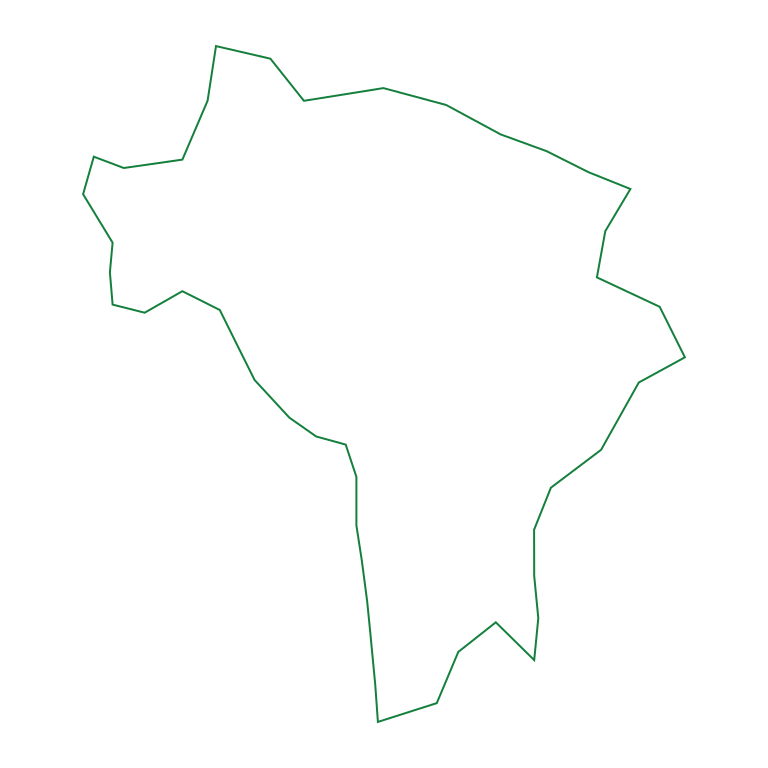 Potami, Nicosia, Cyprus (orthographic projection)
{"feature_id": "46923920B72029676304509", "entity_name": "Potami", "entity_type": "district", "adm_level": 2, "iso_a3": "CYP", "parent_name": "Cyprus", "parent_adm1": "Nicosia", "projection": "orthographic", "projection_center": [33.032, 35.095], "detail": "fine", "context": "isolated", "style": "outline", "palette": "green", "viewbox_px": 768, "rotation_deg": 0, "n_neighbors": 0, "source": "geoboundaries", "source_scale": "gbopen_adm2", "svg_char_len": 698}
<svg xmlns="http://www.w3.org/2000/svg" viewBox="0 0 768 768"><path d="M684.9,357.3L659.7,306.8L596.9,277.4L605.3,231.1L630.4,189.0L588.5,172.2L546.7,151.2L500.6,134.4L446.2,105.0L383.4,88.1L303.9,100.8L270.4,58.7L216.0,46.1L207.6,100.7L182.4,159.6L123.8,168.0L93.8,156.7L83.1,194.2L112.6,242.7L109.9,272.3L112.6,304.6L144.7,312.7L182.3,291.2L219.8,310.0L238.5,347.7L254.6,380.0L289.4,417.7L316.2,436.5L345.7,444.6L356.4,476.9L356.4,525.4L361.8,560.4L367.1,600.8L369.8,627.7L375.2,684.2L377.9,721.9L413.6,710.5L436.8,703.1L458.3,651.9L495.8,622.3L534.2,660.1L538.3,618.1L534.2,576.0L534.1,529.7L550.9,487.7L601.1,449.8L638.8,382.5L684.9,357.3Z" fill="none" stroke="#15803d" stroke-width="2"/></svg>